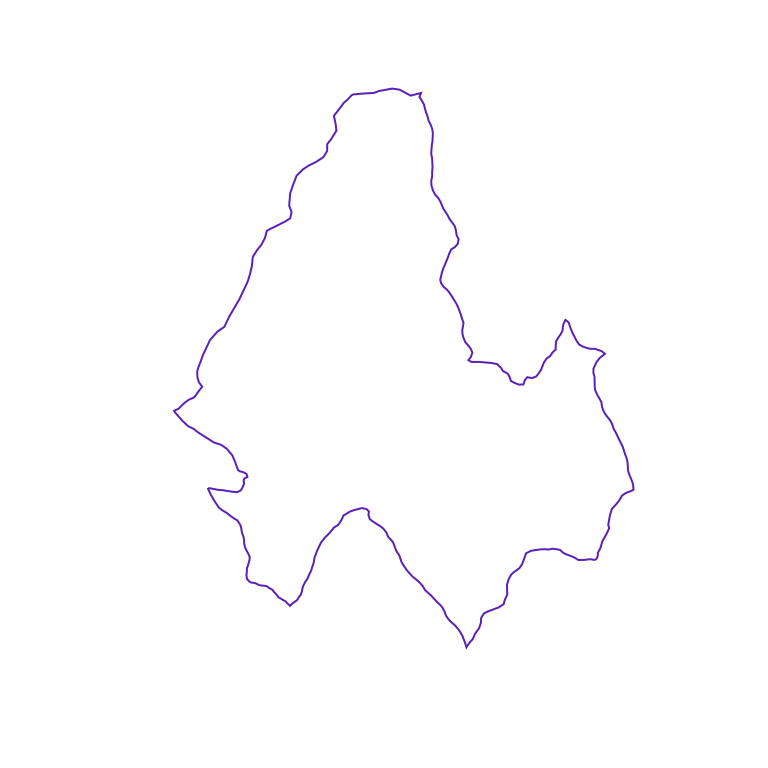 the district of Trashiyangtse, Tashi Yangtse, Bhutan, rotated 63°
{"feature_id": "84629894B34864763924152", "entity_name": "Trashiyangtse", "entity_type": "district", "adm_level": 2, "iso_a3": "BTN", "parent_name": "Bhutan", "parent_adm1": "Tashi Yangtse", "projection": "mercator", "projection_center": [91.488, 27.563], "detail": "fine", "context": "isolated", "style": "outline", "palette": "violet", "viewbox_px": 768, "rotation_deg": 63, "n_neighbors": 0, "source": "geoboundaries", "source_scale": "gbopen_adm2", "svg_char_len": 5409}
<svg xmlns="http://www.w3.org/2000/svg" viewBox="0 0 768 768"><g transform="rotate(63 384 384)"><path d="M141.5,218.9L139.1,229.4L128.8,236.5L124.5,242.6L120.7,255.3L120.1,260.7L115.1,272.2L112.0,280.1L112.1,282.1L114.0,287.0L115.1,291.8L120.1,302.1L122.3,306.9L130.2,309.0L136.7,311.4L142.0,320.2L144.5,325.7L150.6,328.9L154.3,334.9L155.3,343.7L155.2,352.2L156.0,358.8L158.7,367.3L166.0,375.4L171.6,381.1L182.0,387.5L188.8,388.3L193.8,392.3L194.3,397.7L194.3,406.5L194.2,415.6L194.4,419.0L199.7,423.6L204.2,429.9L207.0,436.2L211.1,443.1L218.7,448.0L225.4,453.6L231.0,459.1L235.2,464.5L243.0,474.6L253.6,491.2L260.6,500.3L261.6,508.3L265.7,518.9L276.1,532.3L281.6,538.1L284.1,541.0L287.8,544.6L293.3,547.2L298.4,548.1L303.9,547.2L306.3,552.6L308.3,556.2L309.7,559.1L309.4,565.1L310.2,569.9L311.1,573.3L312.8,578.3L312.6,583.2L314.2,583.1L324.8,580.5L332.8,577.6L337.5,574.0L342.5,571.7L347.3,568.9L356.5,563.5L358.9,562.1L360.8,560.2L363.1,557.8L365.3,556.1L370.6,553.4L378.5,551.6L385.5,552.0L389.8,552.6L394.3,553.1L396.2,552.2L399.0,549.2L401.8,547.3L404.9,548.0L404.7,550.9L406.0,552.8L409.4,554.0L411.8,556.8L413.8,559.9L413.7,564.1L410.6,568.8L409.0,571.0L407.0,573.8L405.7,575.4L404.4,577.7L402.9,580.0L401.7,581.5L397.4,587.1L397.5,588.4L404.1,588.5L411.3,588.2L418.8,587.3L422.8,585.6L427.6,582.6L432.1,580.6L435.8,578.6L438.9,576.6L444.7,576.0L447.7,576.7L451.5,577.9L453.8,578.3L456.1,578.5L457.1,578.8L458.7,579.3L460.7,580.0L461.9,580.7L463.1,581.1L465.4,581.8L468.7,582.1L474.1,582.0L477.3,582.2L479.2,583.4L480.8,584.7L482.2,586.0L482.7,586.5L484.5,588.1L485.7,589.7L488.6,591.2L490.2,592.2L491.5,593.2L492.5,593.5L495.3,594.6L498.6,593.8L500.1,593.0L502.9,589.3L504.2,588.1L506.2,586.8L507.4,585.5L510.0,581.4L511.1,580.1L513.6,579.0L515.2,577.8L516.5,576.9L517.5,576.7L519.1,576.5L520.4,576.0L522.7,575.5L524.4,575.1L526.2,574.9L528.1,573.5L530.9,571.8L533.2,570.3L535.7,569.7L536.4,569.4L538.1,568.7L539.0,568.5L538.6,567.5L537.8,564.4L537.2,560.1L536.7,558.9L535.1,556.3L533.9,553.8L531.8,551.5L528.8,549.2L527.2,547.7L524.4,543.7L524.1,543.0L522.8,540.7L519.5,536.8L517.4,533.8L514.7,531.3L511.0,527.5L507.3,524.9L502.4,519.6L496.8,512.3L494.2,506.8L492.0,500.1L489.2,493.8L488.7,488.8L486.5,484.5L482.8,479.8L482.2,472.1L482.7,468.6L483.5,464.4L484.6,460.0L487.4,456.4L490.8,455.3L493.5,457.3L497.9,458.0L501.7,456.2L505.3,454.1L508.8,452.0L512.4,450.3L517.4,449.3L522.2,449.7L525.8,448.5L529.2,447.8L533.4,448.3L538.7,448.8L543.3,448.2L547.0,448.6L550.4,449.2L554.8,448.9L560.2,448.2L564.3,447.2L568.5,446.0L573.4,443.8L578.0,442.1L581.9,441.2L586.3,441.0L589.8,439.6L593.7,438.1L597.8,437.0L601.5,435.9L605.5,434.5L609.7,433.4L613.8,433.4L618.7,433.9L623.2,433.3L627.2,432.0L631.1,430.4L636.3,429.1L639.9,428.7L643.7,428.5L647.2,428.8L651.0,429.2L656.0,430.1L654.7,427.9L653.0,424.5L651.6,420.8L647.8,416.1L644.7,410.1L640.7,406.0L636.5,403.6L633.8,399.1L633.8,394.8L634.4,389.5L634.8,385.7L635.2,383.5L634.9,381.7L634.8,379.7L634.3,377.1L631.3,374.5L627.8,369.9L621.9,367.1L618.4,365.4L616.6,363.5L614.2,361.2L611.6,357.2L610.6,353.9L609.6,347.1L607.3,342.8L604.2,339.4L599.3,334.2L599.4,328.7L600.8,324.3L602.3,319.9L603.9,316.2L606.2,312.6L607.2,308.8L609.0,306.0L611.7,302.5L615.4,301.1L618.1,299.3L622.0,295.7L625.1,293.1L629.1,290.7L631.7,285.3L633.7,279.8L636.2,276.5L636.5,274.9L635.8,273.3L634.0,271.4L631.6,270.2L628.6,265.9L626.9,264.2L623.1,260.7L620.6,256.7L617.5,252.3L614.6,248.7L611.4,248.2L607.6,245.4L603.6,242.3L598.7,237.6L596.3,231.1L594.5,227.2L591.5,222.6L590.9,218.0L591.5,211.6L591.6,209.8L587.0,207.8L582.9,207.1L578.0,206.7L574.7,206.4L571.4,205.7L567.1,203.7L563.8,202.4L560.1,201.5L556.3,201.1L553.0,200.6L548.4,199.8L544.0,199.7L539.3,199.7L536.0,199.6L532.6,199.5L528.0,199.7L522.9,198.9L518.9,199.0L513.8,200.1L510.6,200.5L507.3,200.7L503.2,200.0L498.6,198.5L494.1,198.7L489.6,198.9L485.2,198.6L482.1,197.5L477.9,195.4L473.2,193.2L469.0,192.3L465.4,190.4L463.1,187.4L461.0,184.8L458.7,179.8L457.4,173.4L453.5,175.2L448.4,180.1L446.7,183.6L444.6,186.3L441.0,189.8L437.4,192.2L432.7,192.8L429.0,192.8L424.3,192.8L420.8,192.6L417.4,192.2L412.9,191.5L409.3,193.2L411.8,196.6L414.4,198.8L417.3,200.5L420.0,204.1L420.6,205.5L424.1,211.3L428.2,213.8L431.2,215.4L432.4,219.5L434.5,223.2L435.1,227.7L437.4,231.6L439.5,234.1L442.6,237.6L444.4,240.6L446.4,245.0L445.9,249.5L443.0,253.2L444.6,256.9L447.7,260.0L445.8,264.1L442.5,267.0L439.0,269.5L434.5,268.9L431.2,269.0L427.4,271.3L426.7,272.1L422.6,272.4L417.6,274.2L413.8,279.1L407.6,289.1L404.0,296.1L401.1,297.9L399.3,294.3L396.1,291.0L392.2,290.7L388.7,291.3L383.5,292.6L378.7,292.2L375.3,291.4L372.2,290.2L368.2,287.3L365.5,285.3L361.1,284.8L356.8,284.0L353.3,283.6L349.7,283.2L346.3,283.0L342.1,283.3L338.5,283.6L335.2,283.9L331.7,284.3L327.6,285.4L324.5,286.8L320.3,287.4L316.7,286.6L314.0,284.3L311.3,282.1L308.1,278.9L305.1,275.3L302.3,272.0L300.1,269.5L297.8,267.1L294.6,263.1L294.2,258.7L292.4,254.4L288.8,251.8L284.2,251.7L279.6,250.1L275.3,249.3L270.9,250.0L266.5,250.7L262.6,250.7L258.1,251.1L254.6,251.5L250.5,251.2L246.9,251.0L242.9,251.2L238.6,252.5L233.8,252.5L229.0,251.7L224.6,249.8L221.0,246.9L216.5,244.6L212.7,242.2L208.4,240.3L204.5,238.6L200.3,237.4L196.4,235.1L192.5,232.7L189.7,230.6L186.9,229.0L182.7,226.6L178.5,225.2L173.9,224.7L169.7,224.7L165.0,223.7L161.7,223.3L157.6,222.6L153.1,221.5L148.4,221.7L144.3,222.1L141.5,218.9Z" fill="none" stroke="#5b21b6" stroke-width="2"/></g></svg>